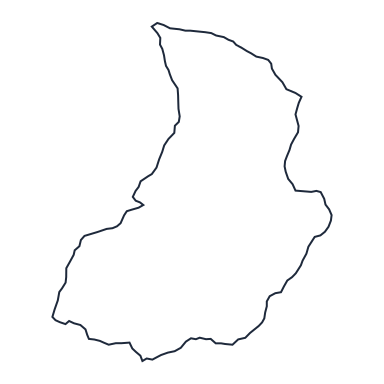 Ouro Verde, São Paulo, Brazil (Mercator projection)
{"feature_id": "56859067B76679306167420", "entity_name": "Ouro Verde", "entity_type": "district", "adm_level": 2, "iso_a3": "BRA", "parent_name": "Brazil", "parent_adm1": "São Paulo", "projection": "mercator", "projection_center": [-51.742, -21.497], "detail": "fine", "context": "isolated", "style": "outline", "palette": "slate", "viewbox_px": 384, "rotation_deg": 0, "n_neighbors": 0, "source": "geoboundaries", "source_scale": "gbopen_adm2", "svg_char_len": 2088}
<svg xmlns="http://www.w3.org/2000/svg" viewBox="0 0 384 384"><path d="M301.5,96.8L295.5,93.0L286.4,89.2L282.4,82.2L275.4,74.8L271.9,68.6L271.2,63.7L268.2,59.9L262.9,58.0L256.3,56.6L251.1,53.3L246.9,51.1L241.8,47.9L236.2,44.9L233.2,41.5L228.5,39.8L223.8,37.1L216.1,35.5L211.3,33.1L205.3,32.2L199.3,31.6L190.5,30.7L185.5,30.7L179.6,29.3L170.0,28.3L163.6,25.0L157.2,23.0L151.8,26.6L157.4,33.1L160.3,37.9L160.0,44.6L162.3,48.9L164.0,55.3L164.9,61.1L166.0,65.9L168.5,70.0L169.8,74.2L172.1,80.2L177.6,88.4L178.1,95.3L178.3,102.8L178.5,108.9L179.7,116.4L178.8,121.9L174.9,125.7L174.3,132.9L168.5,138.9L164.2,145.4L162.2,151.9L159.2,159.2L156.5,167.6L151.8,174.1L148.2,176.2L140.6,181.3L138.6,187.0L135.6,190.9L132.8,196.9L135.7,200.7L140.0,202.4L143.3,205.0L138.6,207.7L131.3,209.8L126.8,211.2L124.1,215.3L120.6,223.2L117.0,226.3L112.5,228.2L106.7,228.9L97.2,232.1L84.5,235.9L80.9,240.0L79.4,246.2L74.7,250.3L73.7,254.8L70.0,261.6L66.3,268.2L66.2,277.1L65.6,282.6L62.0,288.4L59.3,292.0L57.8,300.4L54.6,309.5L52.4,316.9L55.5,320.2L59.9,322.2L65.5,324.1L69.1,321.0L74.0,323.3L80.4,325.0L85.5,329.4L87.2,334.8L88.9,338.9L94.3,339.5L99.9,340.9L103.9,342.7L108.7,344.7L115.8,343.2L121.5,343.2L129.5,342.6L132.3,348.5L135.9,351.9L140.4,355.7L142.4,361.0L146.7,358.5L152.4,359.6L156.9,357.2L161.1,355.0L167.9,352.6L174.7,351.2L180.8,347.8L185.9,341.6L191.0,338.3L195.9,339.2L199.7,337.7L206.0,339.2L210.7,338.9L215.7,343.3L220.9,343.3L225.1,344.0L232.5,344.7L238.2,339.4L245.3,337.8L250.1,332.9L255.2,328.8L258.9,325.8L262.1,322.4L264.3,318.4L265.2,312.4L266.8,306.3L266.8,301.4L269.7,296.2L275.3,293.2L281.0,292.2L284.0,286.3L287.3,280.5L292.1,277.1L295.8,273.3L300.9,265.3L302.6,260.6L306.4,253.7L308.4,246.7L314.7,236.9L320.4,235.4L324.9,231.8L328.5,226.8L330.9,220.6L331.6,215.1L329.1,209.3L325.5,204.6L324.2,198.8L320.7,192.1L316.4,190.9L311.3,191.9L295.5,190.6L292.6,184.2L288.2,178.9L285.7,171.7L284.6,166.4L285.1,161.0L287.0,156.0L289.5,150.0L291.1,144.5L294.2,138.7L298.0,132.3L298.6,126.0L295.5,114.4L297.3,107.8L298.8,102.8L301.5,96.8Z" fill="none" stroke="#1e293b" stroke-width="2"/></svg>